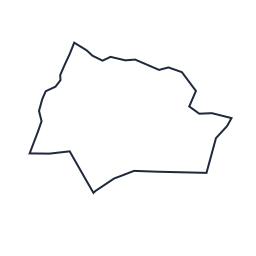 Illéla, Tahoua, Niger (Natural Earth projection), rotated 25°
{"feature_id": "23599985B93785804329420", "entity_name": "Illéla", "entity_type": "district", "adm_level": 2, "iso_a3": "NER", "parent_name": "Niger", "parent_adm1": "Tahoua", "projection": "natural_earth1", "projection_center": [5.19, 14.297], "detail": "fine", "context": "isolated", "style": "outline", "palette": "slate", "viewbox_px": 256, "rotation_deg": 25, "n_neighbors": 0, "source": "geoboundaries", "source_scale": "gbopen_adm2", "svg_char_len": 583}
<svg xmlns="http://www.w3.org/2000/svg" viewBox="0 0 256 256"><g transform="rotate(25 128 128)"><path d="M49.6,192.6L67.7,184.4L85.0,173.8L112.4,193.2L124.1,201.4L125.1,198.8L136.7,179.7L151.6,164.3L173.1,155.2L218.1,135.5L212.0,100.0L217.0,84.3L217.6,75.3L197.8,79.1L186.6,84.9L174.4,82.6L173.9,65.7L153.2,54.6L139.1,56.0L131.6,62.2L105.5,63.0L97.0,67.8L82.1,70.9L76.5,77.7L65.3,77.5L57.7,75.1L43.2,73.4L43.9,85.7L43.9,96.9L44.2,108.7L46.6,113.2L44.8,121.2L37.9,129.4L38.1,138.1L40.1,150.1L46.8,158.4L47.9,169.2L49.6,192.6Z" fill="none" stroke="#1e293b" stroke-width="2"/></g></svg>